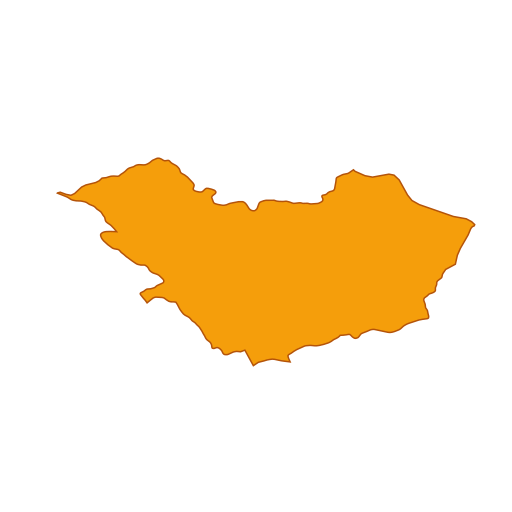 SVG path tracing the border of Jablanicki, rotated 192°
{"feature_id": "SRB-843", "entity_name": "Jablanicki", "entity_type": "District", "adm_level": 1, "iso_a3": "SRB", "parent_name": "Republic of Serbia", "parent_adm1": "", "projection": "robinson", "projection_center": [22.002, 42.918], "detail": "fine", "context": "isolated", "style": "filled", "palette": "amber", "viewbox_px": 512, "rotation_deg": 192, "n_neighbors": 0, "source": "natural_earth", "source_scale": "10m", "svg_char_len": 6110}
<svg xmlns="http://www.w3.org/2000/svg" viewBox="0 0 512 512"><g transform="rotate(192 256 256)"><path d="M463.4,276.2L463.3,276.4L460.8,277.7L454.5,276.8L449.6,276.9L446.4,279.4L440.9,287.2L437.2,290.1L428.1,294.5L425.0,297.0L422.8,300.2L418.8,301.5L418.1,301.9L416.0,303.1L414.4,303.9L411.9,304.6L408.0,305.2L407.4,305.4L406.6,305.9L405.1,307.8L403.2,309.7L401.8,311.3L399.9,314.1L399.0,315.1L398.1,315.8L394.3,317.9L392.6,319.5L391.7,320.1L390.6,320.6L389.5,321.0L388.4,321.2L385.0,321.7L383.3,322.2L382.3,322.8L381.4,323.4L379.5,325.1L377.2,328.0L373.4,330.8L372.8,331.1L371.7,331.4L370.6,331.5L369.6,331.3L368.6,331.1L367.0,330.5L365.8,330.2L364.9,330.2L364.3,330.4L362.1,331.2L361.5,331.3L360.9,331.2L360.0,330.7L358.6,329.7L357.2,329.1L353.2,327.9L352.2,327.5L350.5,326.4L349.3,325.4L348.8,324.8L347.4,322.5L346.8,321.8L346.1,321.5L345.4,321.2L342.6,320.4L339.4,318.9L332.9,314.4L331.8,313.3L331.4,312.7L331.2,312.1L331.2,311.4L331.4,309.0L331.3,308.2L330.7,307.6L330.0,307.3L329.3,307.0L327.9,306.8L326.5,306.8L325.1,306.8L323.7,307.0L323.0,307.2L322.3,307.5L321.6,308.1L319.5,311.1L318.7,311.8L318.1,312.0L316.9,312.2L313.3,312.1L311.9,311.9L310.5,311.7L309.8,311.4L309.2,311.0L308.7,310.5L308.5,309.9L308.5,309.5L308.8,308.6L310.9,306.1L311.4,305.2L311.5,304.6L311.5,304.0L311.0,303.2L308.9,299.9L308.2,299.2L307.6,298.9L306.8,298.7L304.3,298.5L300.3,298.6L299.0,298.7L297.7,299.0L295.6,299.9L293.0,301.7L292.3,302.1L289.1,303.5L284.3,305.5L280.8,306.3L279.7,306.3L278.9,306.1L278.2,305.8L277.2,305.3L275.5,303.9L272.6,300.9L271.7,300.3L270.9,300.0L270.1,299.7L269.1,299.6L268.1,299.7L267.3,299.8L266.7,300.1L266.0,300.7L265.1,302.0L264.8,302.6L264.6,303.8L264.1,307.4L263.8,308.5L263.3,309.4L262.4,310.1L260.0,311.6L258.0,312.5L249.9,314.3L247.2,314.0L244.9,314.2L241.0,314.9L238.1,315.8L237.3,315.9L234.7,315.8L231.1,315.3L230.1,315.3L228.7,315.7L225.4,316.8L224.0,317.2L223.0,317.3L221.6,317.2L220.6,317.3L216.9,318.2L215.9,318.3L214.5,318.2L213.5,318.3L212.8,318.4L206.6,320.2L205.8,320.6L204.9,321.2L203.3,322.5L202.7,323.2L202.3,324.0L202.3,324.8L202.4,325.5L202.7,326.1L203.8,327.6L204.0,328.4L203.7,329.0L203.2,329.4L201.1,330.3L200.5,330.7L199.8,331.3L198.8,332.8L198.0,333.6L197.1,334.3L194.7,335.5L194.2,335.9L193.7,336.3L193.3,337.2L193.1,338.2L193.2,341.6L193.3,345.0L193.6,348.4L193.5,349.0L193.2,349.6L192.1,350.6L188.6,353.3L187.5,354.0L184.5,355.3L183.4,355.8L182.4,356.6L178.6,360.6L176.7,359.4L166.1,357.2L158.4,357.4L143.0,363.7L137.8,363.8L131.8,360.2L120.4,347.1L115.0,342.7L106.9,340.2L71.1,335.7L58.1,336.1L52.2,334.4L48.6,332.2L48.8,330.9L50.5,329.6L51.6,327.5L52.9,320.7L57.7,305.9L59.2,298.6L59.3,289.4L67.8,282.2L68.0,281.5L69.6,277.6L69.8,276.6L69.8,274.4L69.9,273.5L70.6,272.5L73.1,269.6L73.6,268.5L73.7,267.7L73.4,266.0L73.4,265.1L73.9,262.5L73.8,261.6L73.4,259.9L73.4,259.3L73.6,258.7L74.2,257.9L75.2,257.0L76.4,256.2L78.0,255.3L78.6,254.9L79.1,254.4L80.0,252.9L80.6,252.2L82.5,250.1L82.7,249.5L82.9,248.7L82.8,247.9L82.4,247.0L80.7,244.3L80.3,243.4L79.5,241.0L79.2,240.5L77.5,238.9L76.9,238.1L75.8,235.5L74.7,233.3L74.4,232.3L74.4,231.7L74.5,231.1L74.9,230.7L75.5,230.3L80.2,228.6L83.3,227.3L92.6,221.9L94.5,220.6L96.5,218.8L97.4,217.8L99.3,215.1L100.1,214.2L100.9,213.5L104.7,211.0L105.6,210.5L107.2,209.7L108.6,209.2L110.0,208.9L111.4,208.8L123.3,208.8L124.8,208.8L126.2,208.6L127.8,208.0L128.8,207.5L132.0,205.2L135.1,203.2L136.4,202.3L137.0,201.7L137.4,201.1L138.5,198.7L138.9,198.0L139.3,197.4L139.9,197.0L141.1,196.3L141.8,196.1L142.7,196.1L143.4,196.3L144.9,196.9L147.3,198.5L147.8,198.7L148.3,198.7L148.9,198.6L149.6,198.4L151.0,197.8L153.9,196.8L157.2,195.9L157.7,194.9L158.9,193.4L160.5,192.0L162.6,190.4L164.8,188.0L166.3,186.7L167.3,186.0L171.5,183.6L175.5,181.7L178.0,180.8L179.8,180.4L183.4,180.0L184.6,179.8L188.6,178.6L189.8,178.0L196.6,173.0L199.0,170.8L201.2,168.4L203.6,166.2L204.0,165.3L203.9,164.8L203.6,164.0L202.6,162.3L200.6,159.5L206.6,159.0L209.4,158.8L216.2,158.8L218.7,158.5L221.2,157.6L223.6,156.6L226.5,155.0L231.6,152.5L235.8,148.2L247.3,161.6L251.2,159.1L254.0,158.8L255.4,158.6L256.6,158.1L257.8,157.6L258.6,157.1L262.5,154.2L263.5,153.6L265.1,153.2L266.1,153.1L266.8,153.2L267.4,153.5L268.2,154.1L269.7,156.1L270.3,156.6L271.8,157.6L272.6,158.0L273.5,158.3L274.5,158.4L275.2,158.3L275.9,158.0L277.7,156.9L278.6,156.7L279.2,156.7L279.6,156.8L280.1,157.4L281.0,159.8L281.8,160.9L282.5,161.7L283.5,162.4L286.0,163.6L286.9,164.1L287.6,164.7L288.3,165.4L289.6,167.1L291.4,169.0L293.2,171.2L296.4,174.4L297.3,175.1L299.5,176.4L301.4,177.8L302.1,178.2L304.6,179.2L305.3,179.6L307.2,181.1L308.4,181.9L310.0,182.5L313.0,183.3L313.8,183.7L314.9,184.2L316.8,185.7L318.7,187.4L319.6,188.3L322.8,192.2L324.8,194.2L327.0,194.0L329.6,193.5L330.8,193.5L331.9,193.6L334.4,194.5L336.3,195.4L337.2,195.8L338.2,195.9L339.3,195.9L345.3,195.0L346.1,194.7L346.8,194.3L347.8,193.6L350.1,190.9L352.8,187.5L355.1,189.6L357.4,191.3L361.0,194.3L361.4,195.0L361.4,195.3L361.3,195.7L360.9,196.2L358.4,198.2L356.8,200.1L356.0,200.8L355.4,201.1L352.6,201.9L351.7,202.3L349.3,203.6L348.7,204.0L348.0,204.7L347.2,205.9L346.4,206.7L341.6,210.2L341.1,210.9L340.9,211.7L341.0,212.5L341.5,213.4L342.3,214.1L346.2,216.5L347.1,217.0L348.8,217.5L353.1,218.0L354.4,218.4L355.8,219.0L356.8,219.6L357.6,220.3L359.2,222.2L360.5,223.1L361.5,223.5L362.4,223.9L363.4,223.9L366.8,223.2L368.2,223.2L369.6,223.2L371.0,223.4L372.4,223.9L375.8,225.3L382.9,228.5L385.5,230.0L388.6,231.5L390.6,233.0L391.5,233.5L392.5,233.7L396.0,233.6L397.1,233.7L398.1,233.9L399.0,234.3L403.4,236.3L408.3,239.2L410.1,240.7L411.1,241.8L412.1,243.4L412.4,244.3L412.4,245.1L411.9,245.9L411.3,246.7L410.4,247.4L409.4,248.0L407.7,248.7L403.7,249.7L397.4,250.8L400.1,253.0L403.9,255.6L404.8,256.1L406.0,256.6L408.2,257.5L409.5,258.2L410.0,258.6L410.6,259.3L411.8,261.8L412.3,262.6L414.1,264.1L415.5,265.6L416.8,266.8L418.8,267.8L421.3,268.8L423.9,270.5L425.4,271.1L428.7,271.7L429.8,271.9L432.6,273.0L433.9,273.3L435.2,273.4L437.9,273.4L439.2,273.3L443.4,272.6L446.1,272.5L447.5,272.6L448.9,272.9L451.7,274.0L453.0,274.4L455.7,274.9L463.4,276.2Z" fill="#f59e0b" stroke="#b45309" stroke-width="1.5"/></g></svg>